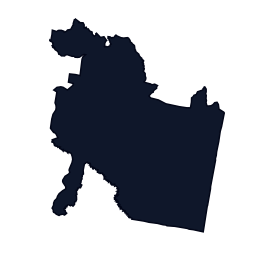 outline of Kisarawe, Pwani, United Republic of Tanzania, rotated 280°
{"feature_id": "72390352B52983476562666", "entity_name": "Kisarawe", "entity_type": "district", "adm_level": 2, "iso_a3": "TZA", "parent_name": "United Republic of Tanzania", "parent_adm1": "Pwani", "projection": "albers", "projection_center": [38.786, -7.182], "detail": "fine", "context": "isolated", "style": "filled", "palette": "ink", "viewbox_px": 256, "rotation_deg": 280, "n_neighbors": 0, "source": "geoboundaries", "source_scale": "gbopen_adm2", "svg_char_len": 5636}
<svg xmlns="http://www.w3.org/2000/svg" viewBox="0 0 256 256"><g transform="rotate(280 128 128)"><path d="M225.4,56.4L221.4,55.9L219.7,56.4L219.6,55.9L215.2,54.5L214.0,51.4L212.7,50.7L211.8,49.6L211.2,48.6L212.2,48.1L212.6,45.2L212.0,42.4L210.6,41.0L211.2,36.5L206.9,36.9L200.9,36.8L200.4,36.6L201.0,35.8L200.5,35.8L200.0,36.5L200.4,36.8L198.6,39.6L198.2,39.6L198.2,39.2L196.8,39.8L196.1,39.2L196.0,39.8L194.9,39.5L194.3,40.0L194.7,41.3L194.0,41.2L194.0,42.0L193.3,41.9L192.4,42.8L191.6,44.8L190.7,46.0L188.6,47.1L188.6,48.2L187.5,49.9L188.0,53.1L188.9,53.5L189.7,55.4L188.9,60.5L189.3,62.3L188.5,63.6L188.8,66.2L189.4,68.0L192.3,70.8L192.9,72.3L192.8,73.5L190.3,71.3L187.9,70.8L171.3,71.7L171.5,67.1L171.1,61.1L162.8,61.4L162.3,66.4L160.3,66.3L154.9,61.7L156.8,57.0L156.9,54.7L155.7,51.0L152.5,48.3L151.2,51.7L140.1,51.8L137.9,53.1L135.8,53.7L133.2,53.8L128.5,51.8L123.7,51.4L114.7,51.7L114.5,52.1L114.1,51.9L113.8,52.2L111.0,55.2L110.8,55.6L111.2,55.7L109.7,58.1L106.2,60.7L103.5,55.9L103.2,56.7L102.6,56.5L102.6,55.9L102.1,55.9L102.0,55.5L101.0,55.5L100.8,57.4L100.2,57.5L99.6,58.7L98.9,58.2L98.0,58.7L98.3,59.2L97.5,60.3L98.0,61.2L96.8,62.3L97.8,63.6L97.6,64.8L96.7,64.4L96.6,64.0L96.0,64.3L96.1,64.8L95.1,66.3L95.4,67.5L95.0,67.3L94.1,68.1L95.1,68.3L94.4,69.1L94.9,70.0L94.1,71.3L94.5,72.5L93.2,72.7L92.9,73.2L93.5,73.2L94.1,74.6L93.6,75.1L93.4,74.6L93.3,76.4L89.9,78.2L87.4,79.0L84.3,78.9L77.1,77.3L76.0,77.4L74.3,78.4L72.4,77.6L69.5,74.4L65.4,72.8L64.1,72.9L63.0,73.5L59.4,76.9L57.3,77.3L54.9,74.6L51.4,71.6L48.7,70.5L46.1,70.1L43.6,68.3L41.1,67.8L39.1,68.1L35.9,67.2L34.5,68.6L32.8,68.9L32.1,69.4L31.5,71.3L30.7,72.2L29.9,75.3L30.9,76.4L31.7,78.5L31.8,79.6L31.2,80.3L32.0,81.4L32.5,81.3L33.0,82.1L33.3,81.6L33.7,82.0L34.1,81.3L35.9,80.4L35.9,79.5L36.6,79.1L37.3,79.0L37.9,80.4L38.5,80.4L38.8,79.7L39.8,80.3L40.2,80.6L39.8,81.4L41.6,81.8L42.1,82.8L41.4,84.8L42.3,85.7L41.5,87.4L43.4,88.6L46.1,88.2L46.4,89.3L48.5,89.8L51.5,89.2L52.6,88.2L53.4,89.2L54.1,89.2L54.7,88.5L55.6,88.6L57.7,87.9L58.0,88.9L59.0,89.2L60.0,88.9L60.2,89.7L61.2,90.3L60.8,90.8L60.9,91.6L63.8,92.4L64.3,91.1L64.9,90.7L66.1,91.1L68.5,91.0L69.9,91.6L71.1,91.1L72.2,91.4L73.5,91.1L75.0,92.1L78.6,91.2L85.1,91.3L85.9,92.4L86.6,92.5L87.4,94.1L86.2,94.9L87.1,96.6L86.5,96.2L86.5,97.0L85.9,97.1L84.9,96.6L84.9,97.6L83.7,97.6L83.1,98.0L83.8,99.4L83.3,100.4L82.7,99.8L81.6,100.5L81.5,100.8L82.8,102.0L82.2,103.2L81.4,103.3L81.1,104.8L81.7,105.2L81.7,105.8L81.4,105.9L80.8,105.2L79.1,105.6L79.1,106.7L78.6,107.2L79.0,108.2L78.4,108.5L79.1,110.2L79.0,110.8L78.1,110.9L77.7,112.5L77.1,112.3L76.3,113.7L76.2,113.0L75.9,113.4L75.4,113.1L73.5,113.4L73.9,114.2L73.7,114.9L72.8,115.5L73.0,117.3L72.7,117.6L72.5,116.6L72.2,116.7L72.0,117.3L72.5,118.1L71.3,118.3L72.1,119.0L71.7,120.1L70.9,120.2L71.0,120.8L70.0,120.8L69.2,121.7L69.7,122.2L69.2,123.0L69.8,123.1L69.5,123.6L70.3,124.1L70.4,124.6L69.8,124.5L69.5,125.1L68.4,125.1L69.0,126.0L67.8,127.9L66.7,127.7L67.1,128.4L66.2,129.3L65.6,128.7L64.6,129.3L63.9,128.3L63.8,129.6L62.6,129.5L62.5,128.6L61.1,128.5L60.6,130.2L60.2,130.0L60.1,129.2L59.6,129.7L59.2,129.4L60.0,128.5L59.9,128.1L59.2,128.5L58.6,128.2L59.3,127.3L59.2,126.8L57.5,127.6L57.1,126.7L56.0,127.0L56.7,127.6L55.5,127.4L55.5,128.6L54.4,128.4L54.9,129.3L53.6,129.3L54.2,130.2L53.1,130.1L53.5,131.1L52.6,131.0L51.8,132.3L50.7,131.2L49.9,132.2L50.3,133.0L49.2,132.6L49.0,132.8L49.6,133.5L49.1,133.7L49.2,134.8L48.9,135.0L48.6,135.2L47.9,134.1L46.9,134.5L48.1,135.5L46.7,136.3L46.7,137.6L45.7,137.5L46.3,138.2L46.1,138.4L45.5,138.0L45.9,139.2L45.3,139.0L45.1,139.7L44.6,139.5L44.0,139.8L44.4,140.8L43.2,141.0L43.4,142.2L42.4,142.1L42.8,143.1L41.1,143.4L41.3,144.4L40.2,144.4L40.6,145.6L39.9,145.7L40.2,146.7L39.7,147.7L38.9,147.6L39.1,160.0L38.8,165.0L39.2,173.6L38.8,179.3L39.0,182.2L38.5,183.3L39.3,191.3L39.4,203.8L39.0,205.7L39.2,210.0L38.8,220.1L65.3,219.6L65.4,219.8L82.4,219.8L84.7,219.5L111.4,219.8L113.2,219.4L116.3,219.7L119.8,219.4L130.2,219.7L140.8,219.4L145.5,219.9L159.5,220.2L160.2,219.6L162.4,214.3L166.9,212.9L168.8,211.2L168.0,209.0L165.7,207.6L164.3,205.9L163.5,203.0L163.6,201.8L166.7,200.4L168.6,200.5L170.5,199.7L173.7,199.4L175.2,198.5L177.1,198.7L179.9,198.2L181.8,196.5L181.7,196.0L180.3,195.6L179.9,195.1L179.0,195.2L178.3,194.8L175.7,190.2L172.8,189.4L171.7,187.3L170.1,186.7L168.7,185.4L164.4,186.0L158.8,186.0L158.6,185.6L158.1,182.3L157.9,175.0L158.4,161.1L160.9,153.1L161.5,145.1L163.0,143.2L163.5,143.2L166.5,145.0L167.7,146.6L168.4,146.5L169.9,147.2L172.1,149.3L173.6,149.0L174.9,149.7L175.8,146.7L174.7,144.0L175.3,142.6L175.7,137.6L176.2,135.7L178.5,136.9L180.4,136.9L182.2,135.9L184.7,135.4L186.6,133.1L187.2,133.5L188.8,133.1L188.7,133.7L189.4,133.7L190.1,133.0L191.3,133.1L192.0,132.2L192.4,132.6L192.7,132.0L192.9,132.3L194.1,132.1L194.6,131.4L195.2,131.5L195.1,131.0L195.8,131.5L196.3,131.2L196.6,131.5L197.6,130.0L197.7,130.5L198.0,129.9L199.1,129.4L199.9,127.9L201.3,126.4L202.5,125.9L205.0,121.8L205.9,122.0L206.5,121.2L210.1,120.1L211.1,118.9L211.1,118.2L212.7,116.6L213.0,115.4L214.6,114.8L216.6,112.9L216.9,111.8L215.8,108.1L215.7,105.5L216.7,101.3L217.4,100.0L216.6,99.3L214.8,98.6L214.3,96.9L213.8,96.4L214.6,94.5L214.5,92.5L212.6,92.8L212.1,94.1L211.1,94.2L210.4,95.1L209.4,95.3L207.6,96.8L206.8,96.0L205.7,96.0L204.3,93.7L204.2,92.7L204.5,92.2L203.8,91.1L204.0,90.6L205.1,90.8L207.1,90.4L209.6,91.0L210.4,91.8L213.7,88.5L212.4,85.2L215.9,80.5L215.2,79.9L214.0,80.3L212.5,79.0L214.1,76.6L216.3,75.9L216.9,73.3L218.7,71.7L218.5,70.9L218.9,69.0L220.4,69.8L219.1,68.0L219.0,67.4L222.0,66.9L223.8,65.5L223.3,61.4L224.0,61.6L226.1,57.4L225.7,57.3L225.4,56.4Z" fill="#0f172a" stroke="#020617" stroke-width="1.5"/></g></svg>